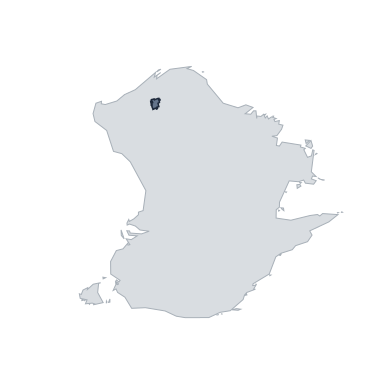 Cue, Western Australia, Australia (highlighted), rotated 73°
{"feature_id": "25037944B79165272170091", "entity_name": "Cue", "entity_type": "district", "adm_level": 2, "iso_a3": "AUS", "parent_name": "Australia", "parent_adm1": "Western Australia", "projection": "equal_earth", "projection_center": [117.893, -27.226], "detail": "fine", "context": "in_parent", "style": "filled", "palette": "slate", "viewbox_px": 384, "rotation_deg": 73, "n_neighbors": 0, "source": "geoboundaries", "source_scale": "gbopen_adm2", "svg_char_len": 5004}
<svg xmlns="http://www.w3.org/2000/svg" viewBox="0 0 384 384"><g transform="rotate(73 192 192)"><path d="M260.6,69.9L263.6,90.8L268.3,89.8L273.3,96.0L273.6,108.6L276.5,113.0L276.6,124.8L278.5,130.8L293.0,142.1L297.6,160.4L299.2,161.3L299.8,158.1L302.8,161.4L303.5,159.8L304.1,169.0L305.8,171.8L309.8,174.6L316.7,190.1L315.3,200.3L317.0,212.6L310.2,235.2L306.2,243.3L297.9,252.5L289.0,270.4L285.6,283.7L273.0,286.9L266.3,292.5L262.5,293.0L263.1,296.2L257.8,291.5L258.8,290.4L258.6,289.3L257.5,289.2L255.3,291.3L254.0,290.0L256.6,288.1L255.5,286.6L246.7,293.7L234.7,290.2L225.9,281.5L226.2,274.6L222.2,268.4L224.1,268.7L224.2,266.8L217.5,268.7L219.8,264.0L217.9,257.2L214.9,264.9L210.0,265.7L211.0,263.1L213.2,263.1L217.3,252.5L217.0,244.4L213.1,252.9L208.0,256.1L204.4,261.1L204.7,263.7L202.7,263.3L199.8,260.5L201.8,260.5L200.7,255.5L198.1,249.9L195.6,249.1L195.5,244.2L177.2,235.7L145.1,242.2L134.8,247.9L130.2,255.2L108.2,255.6L96.2,264.2L88.1,263.7L79.0,257.9L78.8,252.0L81.1,253.0L83.0,249.4L83.0,237.3L79.1,228.0L77.6,216.4L67.0,191.9L71.1,194.5L68.6,187.0L70.3,191.4L73.4,192.8L68.2,177.2L71.8,155.6L72.6,160.7L76.2,155.1L88.8,145.2L93.3,145.8L116.2,136.2L124.9,123.4L124.4,115.0L129.0,108.9L132.7,118.3L134.8,113.1L132.4,109.4L133.1,107.1L140.6,108.6L138.3,107.7L139.9,104.0L138.6,100.7L142.6,100.3L141.2,97.9L144.5,97.5L143.4,94.0L146.4,90.0L146.6,92.4L148.9,92.1L149.2,87.6L152.5,89.2L154.7,85.5L158.2,88.0L162.9,94.3L162.0,99.3L165.4,94.5L172.2,97.7L173.6,95.0L170.6,91.2L179.0,74.1L180.6,75.2L183.4,70.9L184.3,72.7L192.6,71.4L192.4,67.2L187.0,64.2L187.9,63.1L207.6,72.0L213.5,68.8L212.0,72.1L214.4,74.0L217.5,69.9L220.1,73.4L216.7,81.0L213.2,81.7L213.3,87.2L209.8,95.8L227.3,111.3L232.1,112.9L233.5,116.6L241.5,119.2L247.9,105.7L249.0,86.0L250.2,78.6L252.3,76.8L250.8,73.4L256.3,59.0L260.6,69.9ZM251.8,307.9L260.5,311.6L271.8,309.3L271.0,319.6L270.6,317.7L269.1,319.9L267.8,326.6L264.4,323.9L261.0,330.0L256.4,329.5L257.6,327.8L253.9,324.9L253.0,319.7L254.7,320.6L251.3,313.4L251.8,307.9ZM177.6,63.2L183.4,63.2L185.1,65.4L181.2,69.7L177.6,63.2ZM207.5,270.9L217.0,270.6L212.8,272.3L207.5,270.9ZM218.2,86.1L219.3,90.3L215.7,89.6L216.3,86.6L218.2,86.1ZM316.3,188.3L316.5,183.6L318.3,179.7L318.6,182.5L316.3,188.3ZM270.3,301.8L273.3,302.7L273.2,304.1L270.3,301.8ZM177.0,64.5L179.0,68.7L175.3,68.5L177.0,64.5ZM249.1,302.4L247.4,302.1L248.7,299.6L249.1,302.4ZM236.7,109.6L234.9,110.9L233.1,111.6L234.1,109.2L236.7,109.6ZM66.9,190.8L65.5,188.5L65.4,186.4L65.6,186.3L66.9,190.8ZM272.3,305.5L273.3,306.5L271.2,305.7L272.3,305.5ZM305.2,169.6L306.5,169.6L306.3,171.7L305.2,169.6ZM277.1,124.6L278.5,125.9L278.2,126.6L277.1,124.6ZM263.7,327.5L263.6,329.1L262.5,328.6L263.7,327.5ZM317.1,202.1L316.9,204.6L317.1,202.1ZM192.2,63.0L191.3,61.9L191.9,61.3L192.2,63.0ZM219.0,63.3L217.5,65.4L219.3,61.7L219.0,63.3ZM317.6,199.0L316.9,199.9L317.4,198.9L317.6,199.0ZM220.0,102.2L219.2,102.6L219.6,101.6L220.0,102.2ZM215.4,85.9L214.4,86.2L215.0,84.8L215.4,85.9ZM80.7,145.3L80.4,147.0L80.0,146.9L80.7,145.3ZM254.6,58.0L254.5,59.5L254.2,58.4L254.6,58.0ZM257.4,289.9L257.6,290.6L257.3,290.4L257.4,289.9ZM217.1,66.0L215.2,67.5L217.2,65.6L217.1,66.0ZM143.6,91.9L142.9,92.9L143.3,91.7L143.6,91.9ZM264.6,326.3L263.9,326.6L264.4,326.0L264.6,326.3ZM235.7,114.6L234.6,114.6L235.2,113.7L235.7,114.6ZM139.7,99.6L139.1,100.1L139.1,98.8L139.7,99.6ZM269.5,322.8L268.6,323.3L269.0,322.4L269.5,322.8ZM255.4,54.0L255.2,55.0L254.7,54.5L255.4,54.0ZM256.9,290.9L257.6,291.7L256.3,291.5L256.9,290.9ZM294.8,142.0L294.1,142.0L294.5,140.9L294.8,142.0ZM299.2,157.9L298.8,157.9L299.2,157.1L299.2,157.9ZM252.3,306.7L252.0,307.3L251.9,306.5L252.3,306.7Z" fill="#d9dde1" stroke="#a8b0b8" stroke-width="1"/><path d="M92.4,200.9L92.4,201.1L91.9,201.1L91.9,202.6L91.8,203.1L91.8,203.6L91.8,203.8L92.3,203.8L92.5,203.8L92.9,203.8L92.9,204.4L93.2,204.4L93.2,205.0L93.5,205.0L93.5,204.4L93.8,204.4L94.0,204.4L94.3,204.4L94.3,204.0L94.3,203.5L94.5,203.5L95.0,203.5L95.0,204.0L94.8,204.0L94.7,204.0L94.7,205.2L95.1,205.2L95.1,204.5L95.3,204.5L95.7,204.5L95.8,204.5L96.1,204.5L96.1,204.8L96.5,204.8L96.8,204.8L96.8,205.0L96.8,205.6L97.0,205.6L97.0,205.0L97.7,205.0L97.9,205.0L98.1,205.2L98.3,205.2L98.3,205.3L98.8,205.3L99.4,205.3L99.4,205.2L99.6,205.2L100.1,205.2L100.5,205.2L100.9,205.0L101.6,205.2L101.6,204.4L101.2,204.4L101.2,203.3L101.2,202.4L101.2,202.2L101.2,201.8L102.3,201.8L102.3,201.3L102.2,201.3L102.0,200.6L101.9,200.6L101.7,200.6L101.4,200.6L100.9,200.6L100.6,200.6L100.6,199.9L100.7,199.7L100.7,199.4L100.7,198.8L100.2,198.8L100.2,198.7L99.1,198.7L98.5,198.6L98.4,198.6L98.0,198.6L97.9,198.6L97.7,198.6L97.2,198.6L97.0,197.5L97.0,197.4L96.9,197.3L96.9,197.2L96.8,196.9L96.5,196.8L96.4,196.8L95.8,196.8L95.5,196.8L95.1,196.8L94.7,196.8L94.7,196.7L94.7,196.1L94.7,195.6L94.2,195.6L94.2,196.5L94.2,196.8L93.4,196.8L93.4,196.2L93.0,196.2L92.9,196.2L92.9,196.7L92.8,196.8L92.8,197.1L92.6,197.1L92.6,198.0L92.7,198.4L92.7,200.3L92.8,200.3L92.9,200.7L92.9,200.9L92.6,200.9L92.4,200.9Z" fill="#64748b" stroke="#1e293b" stroke-width="1.5"/></g></svg>